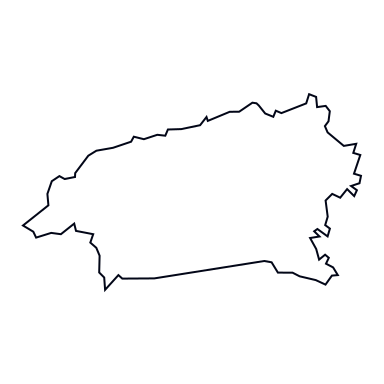 Washington, Texas, United States of America (Albers equal-area conic projection)
{"feature_id": "52423323B15750525116760", "entity_name": "Washington", "entity_type": "district", "adm_level": 2, "iso_a3": "USA", "parent_name": "United States of America", "parent_adm1": "Texas", "projection": "albers", "projection_center": [-96.362, 30.222], "detail": "fine", "context": "isolated", "style": "outline", "palette": "ink", "viewbox_px": 384, "rotation_deg": 0, "n_neighbors": 0, "source": "geoboundaries", "source_scale": "gbopen_adm2", "svg_char_len": 1220}
<svg xmlns="http://www.w3.org/2000/svg" viewBox="0 0 384 384"><path d="M105.1,289.8L118.4,275.1L122.3,278.6L154.3,278.4L264.3,261.0L271.6,262.3L277.9,272.6L292.6,272.7L299.6,276.3L315.8,280.1L325.5,284.6L331.9,275.6L337.8,275.1L333.1,267.4L326.0,263.7L328.8,257.8L325.1,254.7L319.1,259.6L316.2,249.0L310.1,238.0L319.5,236.5L314.2,231.3L317.4,229.0L327.6,236.4L329.9,228.6L325.2,225.1L327.7,216.7L325.6,200.5L332.2,193.9L340.2,197.7L347.1,189.1L354.2,196.1L356.9,190.2L351.1,186.0L359.5,183.2L361.0,175.8L354.0,173.7L360.3,155.0L353.3,152.9L356.2,143.8L343.8,145.9L327.6,132.4L324.9,126.1L328.5,121.3L329.8,111.2L325.7,105.9L317.1,107.1L316.1,96.9L309.1,94.2L306.2,103.4L281.4,113.1L275.8,110.7L273.3,116.8L265.2,113.5L258.8,105.5L256.5,103.3L252.4,102.7L239.2,111.7L229.7,111.8L207.8,120.9L206.5,117.0L200.1,125.2L181.3,129.1L167.9,129.5L165.3,135.7L157.3,134.8L143.9,139.2L133.8,136.7L131.1,141.7L113.0,147.8L96.4,150.7L88.3,155.7L75.2,173.1L75.0,177.0L64.6,179.0L59.4,176.1L51.8,181.2L47.4,193.9L48.4,205.3L23.0,225.5L33.3,231.7L36.1,237.6L51.2,232.9L60.9,234.2L74.2,223.6L76.0,230.9L93.2,234.2L90.3,242.6L96.3,247.8L99.6,255.7L99.2,272.5L104.2,277.5L105.1,289.8Z" fill="none" stroke="#020617" stroke-width="2"/></svg>